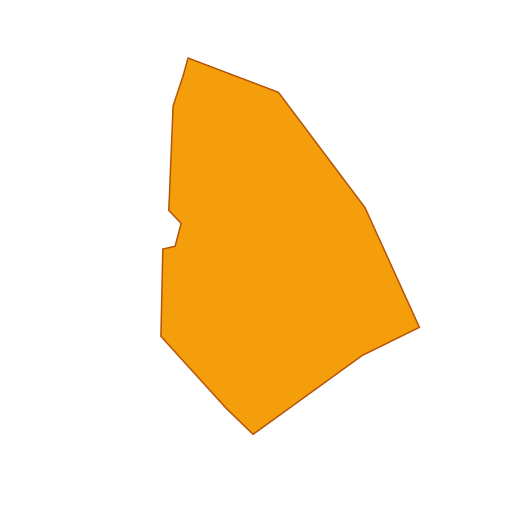 Polystypos, Nicosia, Cyprus (Robinson projection), rotated 37°
{"feature_id": "46923920B95687331058871", "entity_name": "Polystypos", "entity_type": "district", "adm_level": 2, "iso_a3": "CYP", "parent_name": "Cyprus", "parent_adm1": "Nicosia", "projection": "robinson", "projection_center": [33.013, 34.938], "detail": "fine", "context": "isolated", "style": "filled", "palette": "amber", "viewbox_px": 512, "rotation_deg": 37, "n_neighbors": 0, "source": "geoboundaries", "source_scale": "gbopen_adm2", "svg_char_len": 393}
<svg xmlns="http://www.w3.org/2000/svg" viewBox="0 0 512 512"><g transform="rotate(37 256 256)"><path d="M429.4,214.6L314.0,151.8L175.4,111.8L82.6,138.8L89.1,155.3L94.4,171.0L96.5,177.2L99.5,186.1L111.7,203.7L151.9,261.9L158.9,272.1L176.6,275.0L185.5,296.9L177.4,306.5L228.4,377.4L324.5,395.7L361.0,400.2L400.6,271.7L429.4,214.6Z" fill="#f59e0b" stroke="#b45309" stroke-width="1.5"/></g></svg>